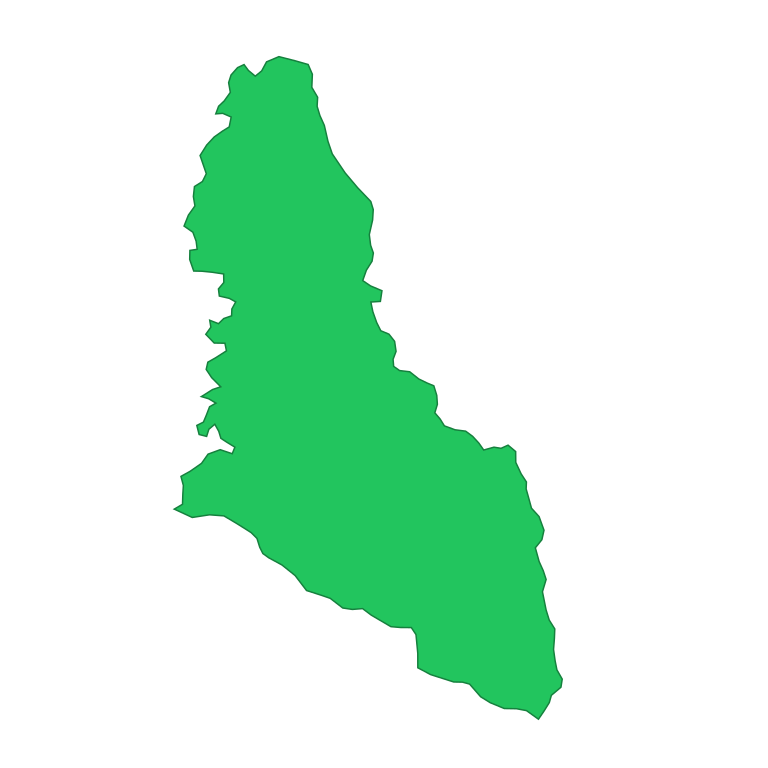 Gavião Peixoto, São Paulo, Brazil (Albers equal-area conic projection), rotated 99°
{"feature_id": "56859067B58111401621977", "entity_name": "Gavião Peixoto", "entity_type": "district", "adm_level": 2, "iso_a3": "BRA", "parent_name": "Brazil", "parent_adm1": "São Paulo", "projection": "albers", "projection_center": [-48.456, -21.78], "detail": "fine", "context": "isolated", "style": "filled", "palette": "green", "viewbox_px": 768, "rotation_deg": 99, "n_neighbors": 0, "source": "geoboundaries", "source_scale": "gbopen_adm2", "svg_char_len": 2525}
<svg xmlns="http://www.w3.org/2000/svg" viewBox="0 0 768 768"><g transform="rotate(99 384 384)"><path d="M690.9,179.0L681.8,174.7L672.8,170.9L665.3,170.0L655.8,161.8L647.6,161.8L639.3,168.5L630.6,171.7L619.7,175.0L608.6,175.9L599.2,177.0L591.3,183.9L581.7,188.6L564.4,195.0L551.7,193.3L543.5,197.5L535.1,203.0L522.1,208.9L513.1,203.7L503.4,203.1L490.7,210.1L483.6,218.9L473.0,223.7L465.4,227.2L458.5,228.0L451.3,234.5L440.8,241.6L430.1,243.4L425.0,251.9L429.2,258.3L429.2,265.5L433.6,275.2L427.5,281.1L421.8,288.3L417.8,296.0L418.1,306.7L415.9,317.8L409.8,323.1L404.5,329.3L395.7,328.1L387.0,330.1L378.0,334.5L376.2,341.9L373.6,350.4L367.9,360.5L368.3,370.7L365.1,377.2L358.2,378.9L349.9,377.2L340.2,380.2L334.0,386.9L331.9,395.5L324.5,400.8L314.4,406.3L305.1,409.8L303.0,400.5L292.2,400.6L289.2,412.7L285.2,421.2L274.3,419.2L264.6,415.0L256.3,415.0L249.1,418.9L238.7,421.9L223.8,420.9L213.4,421.9L205.8,425.6L194.3,440.7L181.6,455.4L164.8,471.1L153.1,477.3L137.9,483.4L128.9,489.3L120.2,493.5L111.2,494.4L102.3,501.7L89.3,503.2L80.3,508.9L78.7,522.0L77.1,539.0L84.2,550.4L93.9,553.8L100.1,559.3L95.5,567.0L90.4,572.2L94.4,578.1L102.7,583.4L110.7,584.6L120.0,581.4L129.4,586.1L135.5,590.8L143.5,592.4L141.9,585.6L144.2,576.7L154.3,577.1L159.4,583.0L166.5,590.3L175.7,596.5L187.1,601.4L204.1,592.4L212.4,595.0L218.6,602.1L228.7,601.6L237.7,598.6L247.8,603.6L259.3,606.2L264.0,596.5L272.3,591.9L280.2,589.6L282.4,596.6L291.4,595.4L302.2,589.6L301.1,581.5L300.5,571.3L300.4,559.6L308.8,558.1L316.0,562.4L322.9,560.4L323.6,550.2L326.1,543.3L333.7,546.0L340.5,545.2L344.4,552.5L350.3,556.9L348.3,566.1L355.0,563.9L362.8,567.8L370.1,558.1L368.6,547.5L375.9,544.8L384.6,554.6L390.0,561.4L397.4,561.9L404.7,555.2L412.3,544.8L416.3,552.5L425.0,562.4L426.0,554.9L429.2,547.0L433.7,552.7L442.6,554.6L449.9,556.4L454.2,562.4L462.8,558.7L463.5,551.0L456.1,549.9L450.2,544.8L456.6,539.8L463.2,536.6L466.1,530.1L469.7,521.4L476.6,523.0L474.5,535.5L480.8,546.8L490.9,551.8L500.6,561.9L507.0,570.1L515.6,566.3L524.8,565.4L534.3,564.2L540.4,571.6L545.8,552.5L540.5,535.9L539.3,521.5L544.4,508.7L548.5,499.0L551.6,491.9L556.4,485.3L564.7,481.2L570.4,477.1L573.7,470.6L578.7,456.5L587.1,441.8L600.1,428.2L602.5,412.7L604.1,403.6L611.7,389.7L611.6,380.0L609.2,370.0L614.3,360.4L622.6,339.2L621.9,329.5L620.3,318.9L626.5,313.2L644.8,308.5L659.0,306.2L663.7,292.6L664.8,285.6L667.4,268.5L666.2,259.9L667.0,252.5L677.8,239.6L682.2,229.1L685.7,214.4L684.0,202.3L684.3,192.2L690.9,179.0Z" fill="#22c55e" stroke="#15803d" stroke-width="1.5"/></g></svg>